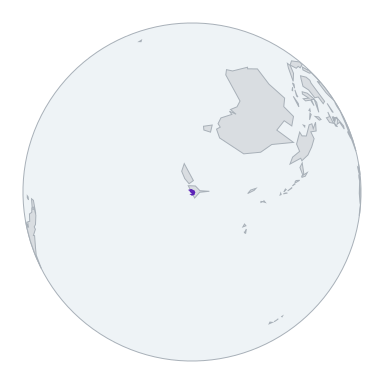 globe centered on Hawke's Bay, rotated 120°
{"feature_id": "NZL-3397", "entity_name": "Hawke's Bay", "entity_type": "Regional Council", "adm_level": 1, "iso_a3": "NZL", "parent_name": "New Zealand", "parent_adm1": "", "projection": "orthographic", "projection_center": [176.854, -39.512], "detail": "fine", "context": "on_globe", "style": "filled", "palette": "violet", "viewbox_px": 384, "rotation_deg": 120, "n_neighbors": 0, "source": "natural_earth", "source_scale": "10m", "svg_char_len": 5510}
<svg xmlns="http://www.w3.org/2000/svg" viewBox="0 0 384 384"><g transform="rotate(120 192 192)"><circle cx="192" cy="192" r="169" fill="#eef3f6" stroke="#a8b0b8"/><path d="M200.9,124.9L201.1,126.1L200.9,126.3L200.9,124.9ZM304.9,317.7L300.8,321.2L301.4,320.3L305.0,316.6L301.9,318.6L304.5,315.7L300.1,319.4L298.5,317.9L292.3,321.8L289.7,320.6L285.5,323.0L286.6,321.5L286.3,320.6L284.4,321.1L290.2,315.6L298.4,311.3L301.1,311.2L302.6,309.0L309.0,307.6L308.5,306.5L318.9,299.4L324.5,295.4L333.6,284.2L325.0,296.2L315.4,307.4L304.9,317.7ZM265.7,59.5L264.7,57.2L267.6,59.3L265.7,59.5ZM262.5,55.5L263.2,56.3L262.3,55.5L262.5,55.5ZM260.8,54.7L262.0,55.3L260.7,54.8L260.8,54.7ZM258.6,53.9L259.7,54.2L259.6,54.3L258.6,53.9ZM255.0,52.1L254.1,51.6L255.1,51.6L255.0,52.1ZM278.5,325.2L288.8,316.5L283.9,321.2L285.3,322.7L278.1,327.6L278.5,325.2ZM280.6,329.6L279.3,331.8L277.6,332.8L278.1,331.6L280.6,329.6ZM93.1,55.0L92.4,55.7L89.6,57.9L84.6,61.8L88.5,58.5L87.9,58.9L93.1,55.0ZM74.6,70.5L74.3,71.0L69.8,76.3L55.8,93.4L48.2,103.8L46.8,106.4L46.1,106.9L41.7,115.0L40.1,121.8L39.0,125.6L33.4,139.1L33.9,136.4L32.0,137.8L29.1,148.3L30.4,149.8L30.8,157.0L28.6,158.8L28.6,152.9L28.0,153.1L30.0,144.4L30.9,141.2L34.9,129.9L39.7,118.9L45.2,108.3L51.6,98.1L58.6,88.3L66.3,79.1L74.6,70.5ZM85.7,311.7L87.3,311.3L88.3,313.1L85.7,311.7ZM50.9,157.3L53.9,155.5L53.9,156.2L50.9,157.3ZM47.6,157.6L50.8,155.0L47.3,159.6L47.6,157.6ZM52.1,154.0L55.4,150.0L56.8,147.7L56.7,149.3L52.1,154.0ZM45.6,159.7L36.2,170.7L32.9,173.7L33.3,170.2L38.5,163.4L45.6,159.7ZM33.0,170.5L28.7,171.4L25.6,163.8L26.6,160.3L30.4,160.4L30.1,162.9L32.7,163.6L33.0,170.5ZM45.3,142.1L45.0,148.7L39.4,154.2L37.1,156.1L35.5,150.6L36.3,145.8L38.1,143.5L47.2,122.5L49.9,122.5L46.6,130.2L49.0,132.8L45.3,142.1ZM52.4,110.8L47.7,119.3L52.5,109.4L52.4,110.8ZM56.3,102.8L55.8,105.1L54.9,104.0L56.3,102.8ZM45.2,109.7L43.2,112.8L44.0,111.2L47.0,106.3L45.2,109.7ZM66.3,81.1L63.4,85.6L61.9,87.6L62.5,85.9L66.3,81.1ZM181.4,196.5L186.3,198.7L184.0,205.0L179.2,211.3L171.3,212.9L181.4,196.5ZM129.3,214.9L123.9,208.0L130.9,205.9L132.4,212.7L129.3,214.9ZM185.1,192.1L186.9,185.8L182.7,177.3L188.4,185.2L195.9,186.7L188.4,198.4L185.1,192.1ZM89.2,195.9L73.7,221.3L68.8,223.3L66.9,217.4L56.2,206.3L57.5,205.4L52.7,196.9L60.1,179.3L64.4,158.7L72.2,155.2L75.8,141.9L84.9,138.6L84.2,147.8L96.0,149.5L98.3,128.9L111.0,146.7L123.2,152.4L133.1,166.3L131.4,195.1L125.3,202.2L121.7,200.0L119.8,203.6L113.4,204.0L104.9,196.3L103.3,200.0L102.6,192.7L101.3,199.9L95.7,195.6L89.2,195.9ZM156.8,138.4L159.5,139.0L165.5,143.0L161.0,142.2L156.8,138.4ZM194.3,128.4L196.8,130.5L193.5,130.5L194.3,128.4ZM200.9,126.3L196.9,126.4L200.9,124.9L200.9,126.3ZM164.8,125.8L166.6,127.1L165.7,127.6L164.8,125.8ZM163.6,125.3L164.4,123.2L164.9,125.3L163.6,125.3ZM148.6,114.6L149.7,113.5L150.6,114.2L148.6,114.6ZM58.5,152.1L62.3,144.1L64.9,142.0L58.5,152.1ZM146.1,112.5L142.7,112.6L142.8,111.6L146.1,112.5ZM145.8,110.2L145.2,108.8L148.0,112.0L145.8,110.2ZM138.8,107.5L143.3,109.7L138.4,107.8L138.8,107.5ZM136.6,108.1L133.6,107.3L133.7,106.8L136.6,108.1ZM108.4,114.7L118.8,121.1L111.5,122.3L103.0,119.1L98.2,125.4L86.3,128.7L88.4,124.8L86.3,121.0L75.2,124.1L73.0,122.3L76.5,118.7L69.8,119.9L77.1,115.0L80.5,119.2L84.8,112.9L93.1,110.9L102.0,110.1L110.0,112.5L108.4,114.7ZM78.0,127.5L79.3,126.9L78.4,129.1L78.0,127.5ZM128.0,104.6L132.3,107.0L132.0,107.8L130.0,107.6L128.0,104.6ZM111.7,111.1L119.9,104.6L122.1,104.3L116.8,110.8L111.7,111.1ZM117.5,101.9L121.7,101.8L124.3,104.1L123.4,105.0L117.5,101.9ZM63.0,129.9L62.9,131.6L61.1,131.5L63.0,129.9ZM65.2,127.6L70.7,126.3L64.8,129.2L65.2,127.6ZM50.8,132.4L52.1,135.0L56.2,129.5L53.1,135.2L56.3,139.2L55.6,142.3L52.3,137.7L51.9,145.4L50.1,146.7L48.8,141.6L50.3,133.1L52.0,128.9L59.6,122.0L50.8,132.4ZM65.0,123.2L63.6,119.8L64.7,116.5L66.1,117.7L65.0,123.2ZM60.5,112.7L57.9,110.5L54.8,114.4L61.8,103.9L63.0,107.6L60.5,112.7ZM59.5,104.9L56.5,108.4L60.0,102.8L59.5,104.9ZM56.1,107.5L56.6,104.8L58.5,103.5L56.1,107.5ZM60.8,104.0L62.7,98.6L63.0,100.7L60.8,104.0ZM57.8,99.0L60.7,100.2L55.6,102.8L59.0,93.8L61.4,91.6L57.8,99.0ZM93.5,56.3L94.9,54.9L98.0,52.9L96.2,54.5L93.5,56.3ZM109.6,46.4L99.3,52.0L91.3,57.2L92.2,56.9L87.6,61.0L88.0,59.7L96.0,53.7L101.5,50.4L105.4,47.6L111.3,44.3L114.8,42.0L118.4,40.2L116.9,41.4L109.6,46.4ZM125.7,36.6L128.9,35.3L128.1,35.8L122.4,38.3L120.3,39.1L116.1,41.2L122.5,38.0L125.7,36.6Z" fill="#d9dde1" stroke="#a8b0b8" stroke-width="1"/><path d="M194.4,190.4L194.4,190.5L194.4,190.8L194.5,190.8L194.5,191.0L194.4,191.2L194.4,191.3L194.3,191.2L194.2,191.1L194.3,190.9L194.2,190.8L194.1,190.7L193.7,190.7L193.4,190.7L193.2,190.7L192.8,190.9L192.5,191.1L192.4,191.2L192.4,191.3L192.3,191.5L192.2,191.5L192.1,191.8L192.2,192.0L192.2,192.3L192.3,192.3L192.5,192.4L192.6,192.5L192.4,192.7L192.3,192.9L192.3,193.0L192.2,193.4L192.1,193.5L192.1,193.8L192.0,194.0L191.9,194.1L191.7,194.2L191.6,194.3L191.5,194.6L191.5,194.8L191.4,194.7L191.1,194.6L191.0,194.4L191.0,194.2L190.9,194.1L190.9,193.9L190.8,193.7L190.7,193.6L190.4,193.5L190.3,193.4L190.4,193.2L190.5,192.6L190.5,192.4L190.4,192.3L190.4,192.2L190.5,192.0L190.4,192.0L190.4,191.9L190.3,191.7L190.4,191.4L190.3,191.1L190.2,190.9L190.3,190.8L190.4,190.6L190.5,190.5L190.7,190.2L190.8,190.4L191.0,190.5L191.1,190.4L191.2,190.1L191.3,189.9L191.4,190.0L191.5,190.0L191.7,189.9L191.7,189.7L191.8,189.6L192.0,189.5L192.3,189.6L192.4,189.4L192.5,189.4L192.7,189.2L193.3,189.4L193.4,189.5L193.5,189.7L193.6,189.9L193.9,190.1L194.3,190.3L194.4,190.4Z" fill="#8b5cf6" stroke="#5b21b6" stroke-width="1.5"/></g></svg>